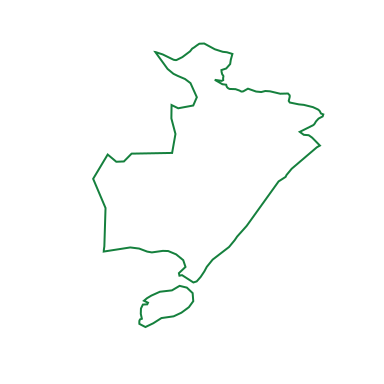 SVG path tracing the border of Noord-Holland, rotated 206°
{"feature_id": "NLD-3486", "entity_name": "Noord-Holland", "entity_type": "Province", "adm_level": 1, "iso_a3": "NLD", "parent_name": "Netherlands", "parent_adm1": "", "projection": "natural_earth1", "projection_center": [4.92, 52.678], "detail": "fine", "context": "isolated", "style": "outline", "palette": "green", "viewbox_px": 384, "rotation_deg": 206, "n_neighbors": 0, "source": "natural_earth", "source_scale": "10m", "svg_char_len": 2000}
<svg xmlns="http://www.w3.org/2000/svg" viewBox="0 0 384 384"><g transform="rotate(206 192 192)"><path d="M99.4,286.9L112.6,256.6L114.5,248.7L114.5,246.6L118.8,239.5L128.0,185.5L131.9,171.7L132.5,167.5L134.6,158.8L143.8,140.3L145.9,131.2L146.1,126.0L147.0,119.4L148.6,113.7L151.1,111.3L164.5,112.9L166.6,111.3L168.2,113.3L165.0,121.8L170.0,126.9L178.9,129.0L187.5,128.5L192.4,126.3L201.6,120.1L206.1,118.8L214.7,118.0L223.2,115.1L245.2,99.8L245.3,100.1L245.7,100.9L246.6,103.6L246.9,104.6L262.7,139.7L286.6,160.5L286.6,160.8L284.2,188.7L273.3,186.0L266.6,189.6L263.1,200.0L227.0,218.4L232.3,236.9L242.8,249.1L248.5,261.2L241.1,261.2L228.8,270.3L229.2,279.3L241.1,289.2L247.8,290.5L255.9,290.1L260.5,290.1L267.9,291.9L286.3,301.7L286.0,301.8L278.6,302.8L266.5,302.8L264.7,303.3L263.8,303.8L259.8,309.0L255.4,317.6L254.7,320.9L253.4,323.0L251.9,325.9L250.4,328.5L246.1,330.8L234.0,330.3L225.8,331.5L221.9,332.9L216.2,333.8L215.1,327.9L213.8,323.7L215.4,318.0L219.0,314.5L218.0,312.8L217.4,312.2L217.0,311.6L216.5,311.1L215.7,310.6L215.1,310.4L214.6,309.9L214.3,309.3L214.1,308.3L213.7,307.5L213.0,306.2L214.0,304.9L220.7,302.8L211.9,302.2L208.3,303.4L207.3,302.2L206.3,301.5L205.0,301.1L203.4,301.1L198.0,303.5L193.8,304.0L191.8,303.9L190.8,304.4L190.1,304.9L187.0,309.4L178.4,310.4L173.6,312.2L170.4,314.9L166.0,316.7L155.8,319.0L148.9,322.6L146.6,321.7L145.9,320.4L145.0,316.3L144.4,315.9L143.3,315.3L134.4,317.6L129.8,319.3L120.5,321.3L115.1,321.4L113.7,321.1L112.6,320.7L110.5,319.1L108.0,319.3L107.7,317.2L110.4,313.5L111.5,309.8L111.7,307.2L112.0,306.0L112.3,305.3L121.5,293.3L116.6,292.4L112.0,294.2L108.2,293.6L106.9,293.2L97.4,289.8L99.4,286.9ZM183.0,71.4L183.0,73.2L187.5,73.2L185.9,76.8L183.1,81.1L177.1,88.3L166.9,94.8L162.0,102.2L154.7,103.8L147.1,101.4L143.0,94.4L144.3,87.1L148.6,78.9L154.0,72.2L164.2,65.3L169.3,57.0L174.7,50.2L181.5,50.4L182.4,52.1L182.9,53.5L182.8,54.8L181.5,56.1L184.6,60.0L186.8,64.9L186.8,69.3L183.0,71.4Z" fill="none" stroke="#15803d" stroke-width="2"/></g></svg>